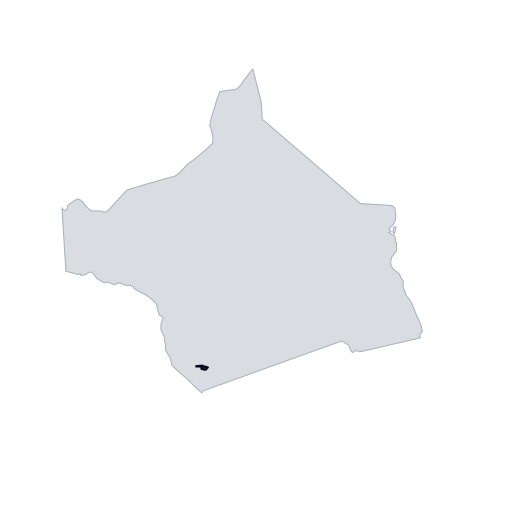 location of Homa Bay, Nyanza, Kenya, rotated 311°
{"feature_id": "3690345B18622928067574", "entity_name": "Homa Bay", "entity_type": "district", "adm_level": 2, "iso_a3": "KEN", "parent_name": "Kenya", "parent_adm1": "Nyanza", "projection": "orthographic", "projection_center": [34.502, -0.52], "detail": "fine", "context": "in_parent", "style": "filled", "palette": "ink", "viewbox_px": 512, "rotation_deg": 311, "n_neighbors": 0, "source": "geoboundaries", "source_scale": "gbopen_adm2", "svg_char_len": 4045}
<svg xmlns="http://www.w3.org/2000/svg" viewBox="0 0 512 512"><g transform="rotate(311 256 256)"><path d="M117.2,304.8L117.1,298.9L118.0,283.7L117.9,270.4L118.6,263.7L121.9,259.5L123.4,256.5L124.5,252.2L126.2,248.7L130.1,245.8L130.8,244.3L135.0,239.5L137.5,233.4L139.3,231.3L141.7,229.4L143.3,228.4L146.0,227.4L148.1,226.8L148.5,226.3L148.7,225.3L148.0,221.6L148.9,220.3L150.4,217.8L152.0,215.4L153.5,213.9L154.4,212.4L154.7,209.7L154.8,207.8L154.8,204.8L154.3,197.8L152.6,191.9L151.5,185.3L152.3,183.2L150.9,179.4L150.2,179.1L149.1,178.3L147.6,174.7L146.6,171.4L145.9,170.5L141.2,167.7L138.9,160.8L136.3,159.3L134.9,152.6L134.6,150.6L136.1,143.9L135.9,142.3L134.4,140.9L130.0,139.5L126.4,136.7L126.9,135.7L127.1,134.7L125.3,134.0L119.8,122.5L126.8,115.6L133.9,108.5L143.0,99.7L151.3,91.5L158.4,84.5L164.8,78.2L164.7,79.4L164.7,81.0L165.5,82.0L166.8,82.7L168.6,81.9L170.3,81.0L171.8,80.8L181.4,83.4L183.0,85.7L182.9,88.1L183.4,89.9L182.6,91.7L181.8,97.1L182.1,102.0L185.0,105.7L187.6,108.6L189.6,112.6L191.1,113.9L193.2,114.5L199.8,114.7L209.6,114.9L219.1,115.2L219.9,115.3L221.9,115.8L230.6,121.3L238.6,126.3L245.3,130.7L251.8,134.9L258.2,139.0L263.1,142.4L268.0,143.5L275.8,144.0L281.3,144.1L286.3,145.6L293.8,146.9L299.4,147.6L302.8,148.4L312.1,149.2L313.7,148.7L317.8,145.0L322.4,138.8L324.1,135.4L330.1,132.1L340.5,127.4L347.9,124.1L356.1,120.8L359.8,123.6L365.0,128.3L367.3,130.6L369.1,131.6L371.9,132.3L375.3,132.3L377.2,132.2L381.0,131.6L389.8,131.0L394.9,131.1L390.7,137.2L385.6,144.6L376.3,158.1L369.2,165.3L363.8,170.6L363.3,171.6L363.4,177.6L363.5,192.3L363.7,221.8L363.9,251.2L364.0,280.7L364.0,295.4L364.1,300.4L368.8,306.6L373.4,312.6L379.6,320.6L382.8,324.9L383.4,326.3L383.2,329.2L378.1,335.2L374.0,337.9L368.4,339.2L366.7,339.0L364.5,338.1L363.7,339.6L363.0,341.8L361.8,341.3L360.9,340.7L361.4,344.6L362.0,346.6L361.1,349.3L358.4,351.6L358.1,353.5L352.2,358.7L343.9,359.2L339.5,361.8L337.6,363.9L336.1,368.4L336.6,375.4L334.2,380.8L333.8,383.5L329.4,387.0L327.5,390.2L326.1,393.4L324.9,394.9L323.4,402.2L321.3,406.6L320.8,408.1L320.3,409.4L318.7,412.0L317.7,413.8L317.0,415.0L311.8,426.3L307.8,431.4L304.7,430.9L302.6,432.8L302.4,433.8L301.3,433.2L298.7,431.4L293.4,427.5L288.1,423.7L282.8,419.8L277.5,415.9L272.2,412.1L266.8,408.2L261.5,404.4L256.2,400.5L253.1,398.2L251.7,396.9L250.6,394.2L250.1,393.6L248.6,392.7L247.0,392.5L246.5,392.0L246.5,390.8L247.1,388.9L249.1,385.4L249.3,383.3L248.9,380.9L248.3,377.1L247.8,376.3L244.2,374.3L236.8,370.1L229.4,366.0L222.0,361.8L214.5,357.6L207.1,353.5L199.7,349.3L192.2,345.2L184.8,341.0L177.4,336.8L169.9,332.7L162.5,328.5L155.0,324.4L147.6,320.2L140.1,316.1L132.7,311.9L125.2,307.7L122.4,306.2L119.9,304.8L117.2,304.8ZM364.5,345.4L363.2,345.7L363.9,343.7L367.7,341.1L369.2,341.7L369.5,342.3L369.4,342.8L368.8,343.3L364.5,345.4Z" fill="#d9dde1" stroke="#a8b0b8" stroke-width="1"/><path d="M140.4,293.0L140.4,292.9L140.4,292.7L140.5,292.5L140.4,292.4L140.2,292.3L140.1,292.2L140.0,291.9L140.1,291.7L139.9,291.4L139.9,291.2L139.7,291.2L139.6,290.9L139.7,290.7L139.6,290.4L139.5,290.2L139.4,290.0L139.3,289.9L139.2,289.9L139.1,289.7L138.9,289.6L138.8,289.4L138.8,289.2L138.7,289.0L138.7,288.9L138.7,288.7L138.7,288.4L138.6,288.2L138.5,287.9L138.4,287.8L138.4,287.7L138.2,287.6L138.2,287.4L138.2,287.2L138.1,286.9L137.9,286.7L137.6,286.6L136.7,285.8L136.7,285.7L134.2,283.3L133.8,282.9L133.3,283.2L133.1,283.4L135.0,285.7L135.9,286.7L136.3,287.2L136.2,287.3L135.2,288.3L135.1,288.5L135.0,288.8L134.9,288.9L134.8,289.0L134.7,289.1L134.8,289.2L134.8,289.3L135.0,289.5L135.3,289.8L135.4,290.0L135.5,290.3L135.5,290.5L135.8,290.6L135.8,290.8L135.8,291.0L136.0,291.3L136.0,291.5L136.0,291.8L136.1,292.0L136.3,292.1L136.6,292.3L136.8,292.5L137.0,292.6L137.1,292.8L137.3,292.9L137.5,293.0L137.8,293.1L138.0,293.1L138.2,292.9L138.3,292.9L138.5,292.9L138.9,292.9L139.0,292.9L139.1,293.0L139.3,293.0L139.4,292.9L139.3,292.7L139.2,292.4L139.3,292.3L139.5,292.5L139.8,292.7L139.9,292.8L140.0,292.8L140.1,293.0L140.3,293.0L140.4,293.0Z" fill="#0f172a" stroke="#020617" stroke-width="1.5"/></g></svg>